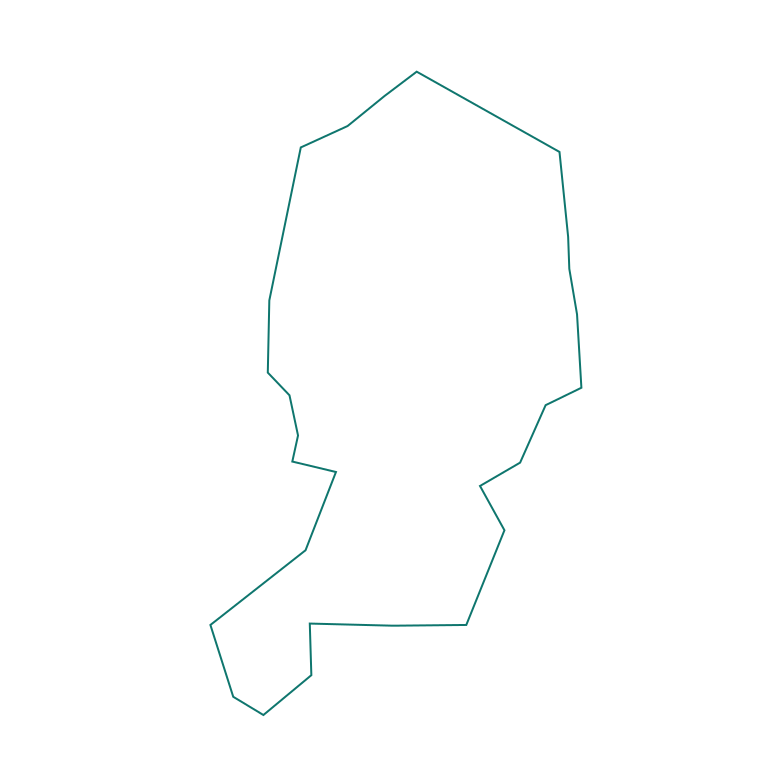 the district of Devoll, Korçë, Albania, rotated 348°
{"feature_id": "67620474B41402008781007", "entity_name": "Devoll", "entity_type": "district", "adm_level": 2, "iso_a3": "ALB", "parent_name": "Albania", "parent_adm1": "Korçë", "projection": "mercator", "projection_center": [20.941, 40.579], "detail": "fine", "context": "isolated", "style": "outline", "palette": "teal", "viewbox_px": 768, "rotation_deg": 348, "n_neighbors": 0, "source": "geoboundaries", "source_scale": "gbopen_adm2", "svg_char_len": 501}
<svg xmlns="http://www.w3.org/2000/svg" viewBox="0 0 768 768"><g transform="rotate(348 384 384)"><path d="M164.1,583.6L171.5,658.6L197.2,682.7L252.4,653.7L261.6,602.9L342.6,622.3L414.4,636.8L471.4,552.1L456.7,503.7L500.8,489.2L537.7,438.3L576.3,428.7L587.3,356.0L589.2,309.9L594.7,278.4L603.9,193.5L480.9,85.3L444.4,102.4L402.0,124.1L351.8,135.3L289.2,278.4L272.7,348.7L289.2,375.4L289.2,416.5L278.2,440.8L318.7,460.1L272.7,530.3L164.1,583.6Z" fill="none" stroke="#0f766e" stroke-width="2"/></g></svg>